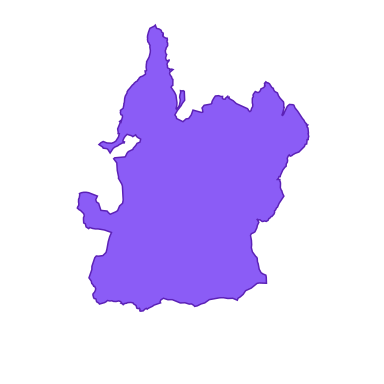 Ilva Mica, Bistrita-Nasaud, Romania (Mercator projection), rotated 23°
{"feature_id": "2599482B62914410963288", "entity_name": "Ilva Mica", "entity_type": "district", "adm_level": 2, "iso_a3": "ROU", "parent_name": "Romania", "parent_adm1": "Bistrita-Nasaud", "projection": "mercator", "projection_center": [24.67, 47.297], "detail": "fine", "context": "isolated", "style": "filled", "palette": "violet", "viewbox_px": 384, "rotation_deg": 23, "n_neighbors": 0, "source": "geoboundaries", "source_scale": "gbopen_adm2", "svg_char_len": 5935}
<svg xmlns="http://www.w3.org/2000/svg" viewBox="0 0 384 384"><g transform="rotate(23 192 192)"><path d="M239.1,296.3L241.3,294.8L244.2,291.4L247.1,289.1L250.0,284.3L258.9,278.5L262.3,277.0L266.6,276.0L271.1,273.9L276.0,273.9L275.9,271.8L277.4,269.7L279.1,266.2L279.9,261.9L284.1,257.3L287.6,250.7L289.4,249.5L296.2,246.9L293.7,241.5L292.5,239.7L289.6,239.7L287.1,239.3L284.0,236.8L280.9,232.1L279.6,230.8L277.9,227.5L277.1,226.8L275.8,226.4L271.0,223.5L268.4,220.1L267.5,217.2L265.6,213.3L262.8,209.1L262.9,207.2L264.6,205.4L265.5,204.0L265.7,199.6L265.2,197.1L265.4,193.8L262.7,191.8L263.0,191.5L264.3,191.8L265.3,191.0L267.9,191.7L268.7,191.5L270.1,190.3L271.8,190.1L273.1,188.4L273.1,186.4L273.7,186.0L274.5,183.6L275.1,183.3L276.1,180.3L276.0,178.5L275.3,177.0L275.9,176.0L276.0,173.5L276.6,172.6L276.6,168.4L278.2,159.9L276.1,158.1L274.0,155.6L273.3,155.3L271.7,153.6L270.2,149.7L269.4,148.2L268.7,147.8L268.0,146.2L265.7,147.1L266.2,145.3L266.1,143.8L267.2,143.4L266.9,142.1L267.0,136.4L267.8,133.0L268.6,131.6L267.8,129.3L268.1,127.2L267.6,125.4L266.5,123.8L266.5,121.3L267.0,119.9L267.8,120.5L268.7,120.5L269.8,119.3L270.1,118.5L272.0,116.0L274.8,113.4L277.7,106.2L277.6,103.9L278.8,103.0L277.5,98.8L278.5,98.3L277.9,97.0L277.8,95.4L276.0,92.7L276.2,92.3L273.7,87.7L272.9,87.5L272.1,86.5L272.4,85.1L271.0,85.4L270.8,84.5L268.9,83.8L266.7,82.0L265.0,81.2L257.8,76.4L253.9,74.3L251.9,72.3L250.8,72.2L247.5,73.3L246.5,75.3L246.2,76.4L245.9,83.0L246.0,84.1L245.5,86.1L245.1,86.1L244.7,85.9L244.7,84.3L243.8,78.0L243.3,78.1L241.9,74.7L241.0,73.3L236.4,71.2L234.1,69.7L231.9,67.4L229.3,67.2L228.1,66.7L226.5,65.3L226.4,64.8L224.7,64.6L221.0,62.1L219.1,61.8L218.6,62.2L216.9,61.7L216.3,63.6L216.8,63.7L217.0,65.4L217.8,65.8L217.2,67.8L215.1,70.3L215.3,71.0L215.1,73.0L214.4,74.3L213.4,74.8L211.0,74.8L210.3,77.9L210.3,79.0L211.2,80.3L210.9,81.9L211.2,82.9L212.7,86.4L213.8,87.8L214.5,89.9L214.2,91.4L214.3,93.2L214.6,93.9L213.8,95.4L212.0,94.8L211.6,94.2L210.5,93.6L198.2,93.3L194.3,91.9L189.6,91.4L189.2,90.3L188.5,90.9L187.5,89.9L186.1,92.7L186.6,94.0L186.2,93.6L185.0,94.2L183.5,94.0L182.8,92.1L181.2,92.8L178.9,92.9L177.8,93.5L176.0,94.5L175.4,97.2L175.1,100.2L175.2,101.7L175.6,102.4L175.0,103.7L169.3,107.4L168.4,110.8L169.2,111.6L170.4,113.5L170.7,114.1L170.5,114.5L169.4,115.1L160.9,116.2L161.2,121.4L160.2,125.7L158.0,127.0L156.2,130.8L149.1,130.4L148.3,129.1L146.1,127.7L146.7,122.6L148.3,116.6L148.4,114.5L149.4,110.4L145.6,102.4L144.2,102.2L143.4,102.9L141.8,103.2L142.8,105.1L142.9,107.0L143.4,109.0L143.7,109.8L145.1,111.5L145.7,113.2L146.5,117.0L146.3,119.3L145.2,121.8L144.7,121.4L144.3,118.6L143.3,115.7L139.4,109.2L136.9,107.0L131.8,103.7L132.0,102.2L132.7,101.4L130.4,95.8L129.5,95.6L128.1,93.9L126.4,93.0L125.1,91.8L124.8,90.5L126.7,86.7L125.3,86.8L124.1,87.6L123.8,88.3L123.4,87.4L121.3,87.3L120.8,87.0L120.0,85.2L119.3,84.6L119.0,83.8L118.9,82.6L119.6,80.0L119.3,79.5L117.8,81.0L116.6,80.5L115.3,78.9L114.9,75.3L114.4,75.3L113.3,74.2L112.2,72.3L112.2,70.3L112.0,70.1L111.9,69.4L112.4,66.9L112.1,65.9L111.7,65.6L111.5,64.5L110.4,63.7L109.8,62.2L110.0,61.7L109.3,60.5L108.9,60.1L108.1,60.6L106.9,60.5L104.4,60.1L103.7,59.0L104.2,58.8L103.4,57.0L101.7,56.7L100.4,55.2L98.2,54.8L95.4,55.2L93.0,52.7L92.5,54.0L89.3,57.8L89.5,61.9L90.0,65.3L90.5,67.0L91.0,67.6L91.4,69.0L92.7,71.0L94.4,71.9L94.9,72.7L96.0,73.3L96.6,75.1L98.4,78.0L99.1,80.1L99.8,84.5L99.3,89.9L99.6,90.4L100.3,93.1L100.7,93.8L100.9,94.8L102.6,97.7L102.4,98.5L101.5,98.9L102.9,101.1L103.1,101.8L101.2,104.7L99.8,105.9L99.0,107.2L98.7,109.3L98.4,109.7L98.3,111.1L97.2,112.5L96.2,114.6L96.1,115.6L95.4,116.7L94.0,121.5L93.5,122.7L93.1,124.9L93.5,126.3L93.1,129.8L93.5,132.3L94.7,135.9L94.8,137.4L95.2,138.3L95.9,141.9L94.2,144.8L94.8,145.7L95.0,146.9L96.3,148.6L97.9,148.6L98.7,150.1L99.3,155.1L98.3,154.3L97.8,155.5L98.7,155.8L98.8,156.3L98.9,163.0L100.8,166.0L101.1,167.1L102.3,166.7L102.8,170.1L102.0,174.9L100.8,176.7L99.0,178.5L94.5,180.1L90.5,180.2L88.9,182.2L87.8,184.7L92.4,185.6L92.6,186.1L93.3,186.3L96.6,185.4L97.8,185.6L101.4,188.1L102.4,182.6L103.5,180.7L105.6,178.5L106.4,177.0L109.2,173.6L110.3,173.5L110.3,172.3L108.5,172.2L108.3,171.7L108.3,169.1L108.7,166.9L109.7,164.3L114.4,163.8L115.9,164.2L117.8,161.4L119.2,162.5L120.7,163.0L124.1,163.4L124.6,166.4L122.4,168.7L122.1,171.0L120.8,174.9L121.0,175.8L117.6,179.7L117.0,181.8L116.9,184.7L116.6,185.9L107.5,190.7L106.9,192.0L111.4,194.6L114.8,201.4L118.6,206.9L118.9,208.1L124.2,212.1L125.6,213.7L131.8,226.3L132.5,229.5L130.8,233.1L130.8,238.2L129.6,240.0L125.4,244.4L123.2,243.7L121.3,242.7L115.3,244.5L110.5,238.9L108.2,238.6L106.4,236.8L106.5,232.7L97.2,233.0L94.7,233.6L92.4,234.6L90.4,235.9L89.0,237.4L89.7,238.3L90.5,241.5L90.4,242.9L91.5,245.7L92.3,246.8L92.9,248.6L92.6,250.5L92.7,251.6L95.3,252.5L96.5,252.5L100.7,254.2L101.7,255.3L102.2,256.4L102.1,257.8L102.7,259.4L104.4,262.8L106.3,263.0L108.1,265.5L111.2,266.1L111.8,264.6L114.8,264.4L117.6,263.7L119.9,262.7L126.1,261.2L133.7,260.7L133.7,265.2L134.3,270.3L136.0,277.8L136.5,281.2L134.8,285.4L131.0,287.6L128.9,288.3L128.2,290.5L128.9,299.5L130.1,302.5L130.7,311.3L134.0,313.3L135.5,315.4L136.7,315.8L138.4,317.2L139.2,316.9L141.0,318.4L141.5,320.1L141.4,322.2L140.7,324.4L141.0,325.5L142.8,327.8L143.7,328.3L144.8,328.0L145.5,328.1L146.6,329.8L147.4,330.4L149.4,330.6L150.6,331.3L154.7,328.0L155.8,326.6L156.6,324.9L159.0,324.4L160.7,323.4L162.4,323.4L164.9,322.5L167.1,320.9L169.1,320.8L170.5,321.6L170.2,322.1L171.6,322.1L172.7,322.6L173.0,322.3L173.2,321.2L175.3,319.9L175.8,319.1L178.8,317.6L181.0,317.1L181.9,317.8L184.8,318.3L186.6,320.5L188.1,320.4L189.1,319.6L190.1,320.6L190.3,321.5L190.7,321.9L191.4,321.7L193.5,320.5L194.3,318.5L195.0,317.4L195.4,317.0L196.5,317.4L197.3,316.0L200.3,312.6L201.2,311.0L206.4,306.3L205.5,305.5L205.5,303.5L207.2,301.0L211.8,300.6L215.9,298.8L224.6,298.7L228.8,296.7L233.2,296.3L235.3,295.2L238.1,295.7L239.1,296.3Z" fill="#8b5cf6" stroke="#5b21b6" stroke-width="1.5"/></g></svg>